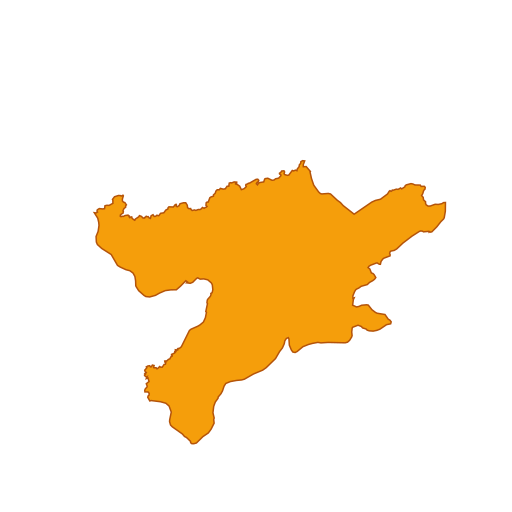 Banwa, Banwa, Burkina Faso, rotated 228°
{"feature_id": "67063806B90065327421296", "entity_name": "Banwa", "entity_type": "district", "adm_level": 2, "iso_a3": "BFA", "parent_name": "Burkina Faso", "parent_adm1": "Banwa", "projection": "equal_earth", "projection_center": [-4.034, 12.22], "detail": "fine", "context": "isolated", "style": "filled", "palette": "amber", "viewbox_px": 512, "rotation_deg": 228, "n_neighbors": 0, "source": "geoboundaries", "source_scale": "gbopen_adm2", "svg_char_len": 6129}
<svg xmlns="http://www.w3.org/2000/svg" viewBox="0 0 512 512"><g transform="rotate(228 256 256)"><path d="M396.4,164.8L390.0,163.7L386.2,161.6L383.8,159.8L379.9,155.1L377.5,150.2L373.2,146.7L370.6,145.8L364.8,146.4L354.0,149.4L341.7,146.8L338.6,147.7L332.8,150.2L329.5,152.4L325.6,153.2L321.8,152.3L318.1,149.9L314.3,146.7L313.3,146.4L308.7,145.6L301.7,146.4L299.6,147.0L296.7,149.6L294.0,155.0L293.0,159.5L291.0,165.4L287.8,170.1L284.2,174.2L284.1,179.7L284.6,187.3L282.5,187.7L282.5,186.5L279.7,188.9L278.8,191.4L279.1,196.9L278.8,198.1L276.2,199.0L273.9,201.9L270.6,204.2L266.0,204.8L263.9,204.3L259.9,201.4L258.8,199.9L258.1,198.9L258.4,197.4L257.4,196.7L256.6,195.2L256.1,190.9L255.5,189.9L254.0,188.2L253.1,188.1L248.3,181.5L247.3,181.5L244.0,177.1L242.1,172.7L242.3,168.1L242.8,165.7L245.1,158.7L245.2,156.7L238.5,139.8L238.6,137.4L239.5,136.1L239.4,135.4L238.6,135.2L238.7,134.7L240.1,133.5L238.9,133.2L238.7,132.7L239.5,132.4L239.5,131.9L239.0,131.2L238.4,131.2L238.5,130.0L239.4,127.4L239.1,127.1L238.8,127.6L237.7,126.8L238.0,125.2L237.2,123.2L237.8,121.7L237.7,119.6L239.0,117.9L238.0,117.3L237.3,117.8L236.2,116.3L236.9,115.1L236.1,111.9L237.4,110.6L238.3,110.5L238.2,107.4L238.7,106.8L239.8,107.0L241.3,105.3L241.8,105.4L242.8,107.0L244.3,106.0L243.7,104.1L244.3,103.3L245.6,103.6L246.6,102.1L247.0,100.3L246.0,100.1L245.6,96.9L244.3,96.3L242.9,96.5L243.0,94.8L242.2,95.0L242.2,93.6L241.7,93.2L239.5,93.5L239.2,94.4L238.3,92.5L237.7,94.1L234.3,92.5L234.5,89.0L232.1,88.1L231.6,87.4L231.3,84.7L230.6,83.4L229.3,82.5L227.2,84.8L225.3,84.7L224.2,83.4L224.2,82.2L223.4,81.0L219.3,80.1L218.8,81.3L211.6,87.5L206.9,90.5L202.6,91.0L196.7,88.6L192.0,82.2L190.7,80.9L187.6,79.4L185.0,79.5L173.0,82.2L169.7,82.1L167.7,82.9L162.2,83.3L160.9,82.5L159.5,82.7L158.1,84.2L156.9,86.6L157.3,95.7L156.4,102.2L157.4,106.9L159.8,113.0L162.8,115.2L163.6,116.5L168.3,119.1L172.6,124.0L174.7,128.0L175.7,132.6L176.5,133.5L177.1,137.8L178.2,140.9L180.6,145.1L181.5,148.3L179.8,153.0L176.6,158.2L173.5,162.4L172.2,165.0L170.0,175.2L166.7,184.6L166.2,188.8L166.7,201.8L169.2,209.6L170.0,214.1L171.9,218.3L173.7,220.7L174.4,223.4L173.7,225.4L172.2,224.9L167.4,221.1L162.6,219.4L160.0,219.1L158.1,220.5L157.5,222.7L157.2,230.2L155.1,235.9L153.2,239.6L150.4,244.2L148.0,246.1L143.5,251.8L131.8,264.2L130.7,266.4L130.7,269.1L131.8,272.9L132.6,274.2L135.5,276.3L138.2,279.4L138.3,280.3L136.3,285.5L133.2,287.1L131.2,287.1L128.2,288.9L126.5,289.0L124.6,290.1L121.8,292.8L119.9,296.0L118.7,299.1L117.6,307.1L115.5,310.7L116.6,312.4L118.7,312.6L120.6,312.0L126.2,312.7L132.6,307.6L134.3,307.0L138.5,306.2L144.4,306.6L145.7,305.6L148.7,301.6L149.7,298.6L150.9,296.6L154.8,294.9L158.4,299.1L159.2,300.9L159.7,299.7L161.5,301.2L163.5,305.3L164.2,307.5L164.1,308.6L163.4,311.0L163.1,313.9L160.3,319.6L160.4,322.7L159.6,326.1L159.4,328.5L159.8,330.6L163.1,331.3L164.8,331.2L166.2,330.4L170.2,331.9L172.4,331.5L172.8,333.0L172.5,334.9L170.3,340.6L169.8,341.4L167.4,342.1L166.6,342.9L168.3,345.3L168.9,348.1L168.8,349.6L166.4,355.7L167.3,356.6L168.6,357.1L169.5,358.7L169.3,359.7L167.7,362.4L167.1,365.3L167.3,373.9L166.4,385.1L165.0,393.7L164.4,395.2L162.9,396.4L161.9,396.6L158.8,400.8L157.9,400.5L157.9,401.3L157.1,401.5L156.3,402.8L156.7,409.9L157.8,416.2L158.0,420.2L158.5,421.5L162.6,426.7L169.0,432.6L170.2,431.1L170.5,429.2L172.3,426.0L174.6,423.7L176.5,419.0L177.9,417.3L180.2,416.7L181.8,417.3L182.8,418.3L185.7,418.1L187.7,419.5L190.1,419.5L190.7,421.5L192.5,424.5L192.6,426.3L193.8,427.7L195.2,427.7L197.2,425.3L198.8,425.5L202.5,421.6L204.5,420.8L206.1,419.6L208.3,415.3L208.4,413.9L207.8,412.8L208.4,409.2L209.8,409.0L210.4,406.2L211.8,405.0L213.1,401.9L213.8,401.4L213.5,400.4L213.7,399.6L214.9,399.3L215.0,398.4L214.1,395.2L214.9,386.5L217.4,381.9L218.6,378.1L221.4,356.9L235.2,354.5L239.2,354.5L243.0,353.7L252.2,352.9L254.1,351.6L258.1,346.4L259.4,345.6L261.7,345.4L270.0,346.3L276.5,349.1L282.5,352.5L282.5,353.0L288.9,353.1L290.7,350.9L292.3,352.3L294.1,355.8L295.7,354.4L296.1,352.5L295.0,351.2L294.7,349.1L293.6,348.0L293.0,344.8L292.0,343.5L293.4,342.8L294.1,340.8L295.3,340.2L294.2,334.5L294.9,333.3L297.3,331.8L298.4,331.9L299.3,333.5L300.6,333.8L302.0,331.9L301.6,330.6L301.8,328.8L301.2,328.4L299.7,328.8L299.0,328.2L298.7,324.9L300.3,322.2L300.4,320.2L301.5,318.6L305.9,316.8L307.3,314.7L307.4,314.0L305.9,311.3L308.1,307.9L308.4,306.4L307.9,304.7L309.5,304.6L309.9,305.6L309.8,307.6L310.4,308.7L311.9,308.7L312.9,307.4L314.5,300.0L315.2,298.9L315.2,297.9L315.9,296.4L315.2,295.5L314.1,295.2L314.0,294.5L314.0,292.1L315.1,289.5L318.8,290.6L321.5,290.0L323.2,289.0L323.6,289.4L323.1,290.4L323.8,291.1L325.7,289.3L326.6,286.8L327.4,286.3L328.1,284.9L326.1,282.5L327.2,281.2L326.5,278.2L327.6,276.4L330.1,274.8L329.8,273.0L331.2,271.5L331.1,269.7L329.9,267.6L329.9,265.3L328.9,264.4L330.0,262.1L330.2,260.7L328.1,256.7L328.1,256.3L328.8,255.8L328.9,254.6L327.1,252.7L325.6,252.8L325.5,251.7L326.1,250.4L326.1,249.4L327.9,248.7L327.7,246.4L328.0,245.4L329.2,244.2L330.1,241.8L331.4,241.1L332.5,239.0L334.1,238.8L335.0,239.2L336.1,237.8L337.7,237.5L339.7,238.9L342.6,239.4L344.1,237.7L345.7,234.5L344.9,232.6L345.3,230.4L346.3,230.0L347.3,231.1L347.9,231.2L348.2,230.2L347.7,227.4L350.8,224.2L350.7,222.9L349.9,222.0L350.5,219.7L349.8,216.4L351.6,213.6L351.0,211.0L351.2,210.4L352.6,209.7L352.7,207.9L353.5,206.8L355.6,207.1L356.1,205.0L354.6,202.7L355.7,202.1L357.5,202.2L358.1,201.3L359.0,201.0L358.8,199.0L359.1,199.1L359.3,197.9L360.0,197.4L362.0,197.4L364.0,196.4L363.6,195.1L364.2,191.0L363.7,190.2L363.8,189.7L366.8,189.1L368.2,189.8L369.0,188.7L368.9,187.9L369.7,187.9L370.5,188.6L371.1,188.1L372.0,188.3L373.7,185.8L374.1,184.0L375.2,183.0L375.5,182.0L376.3,181.7L377.2,182.6L377.2,184.4L376.8,185.8L377.8,187.2L378.6,187.3L379.6,189.6L379.5,191.8L380.6,192.8L380.7,193.9L383.5,194.3L384.6,193.6L386.2,193.5L387.7,194.8L389.5,197.7L390.2,197.8L390.7,196.0L391.7,195.6L393.0,194.3L394.7,190.5L394.1,187.2L393.3,187.0L390.9,184.9L391.9,180.7L393.5,179.1L394.4,177.4L392.5,175.1L393.7,173.4L396.1,171.3L396.5,169.0L395.8,167.9L394.7,167.6L395.0,166.0L396.4,164.8Z" fill="#f59e0b" stroke="#b45309" stroke-width="1.5"/></g></svg>